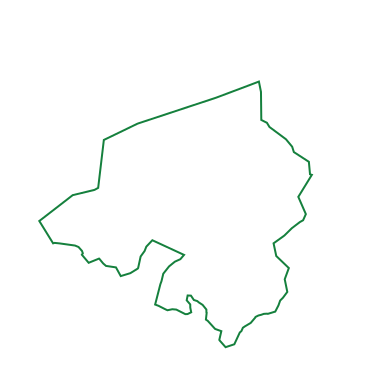 Boki, Cross River, Nigeria, rotated 204°
{"feature_id": "59680162B37931278966472", "entity_name": "Boki", "entity_type": "district", "adm_level": 2, "iso_a3": "NGA", "parent_name": "Nigeria", "parent_adm1": "Cross River", "projection": "orthographic", "projection_center": [8.95, 6.249], "detail": "fine", "context": "isolated", "style": "outline", "palette": "green", "viewbox_px": 384, "rotation_deg": 204, "n_neighbors": 0, "source": "geoboundaries", "source_scale": "gbopen_adm2", "svg_char_len": 1420}
<svg xmlns="http://www.w3.org/2000/svg" viewBox="0 0 384 384"><g transform="rotate(204 192 192)"><path d="M97.5,267.1L115.2,269.9L118.9,274.1L127.6,278.4L147.7,282.9L151.7,285.7L158.0,286.0L169.7,311.5L175.8,320.1L179.3,316.6L208.3,288.0L229.2,269.0L268.9,232.9L269.8,232.0L293.7,203.7L279.4,157.6L281.9,154.3L299.7,140.6L319.7,103.4L298.0,88.6L296.9,89.6L292.0,91.2L277.1,95.5L273.3,95.6L268.5,93.4L266.8,91.6L267.1,89.9L257.6,85.3L249.8,93.4L249.7,93.4L244.1,90.6L240.5,89.5L230.8,92.2L222.9,86.2L215.4,92.7L215.3,92.8L210.4,100.0L210.3,100.7L212.7,112.2L211.3,118.8L211.5,123.5L208.6,131.8L173.7,131.3L175.3,125.9L179.3,121.4L182.7,114.7L185.0,105.7L183.6,98.1L183.4,95.0L182.8,91.3L182.9,92.0L179.9,74.2L176.2,74.4L168.4,74.0L166.3,74.0L162.3,76.9L158.5,78.2L148.4,77.7L146.4,78.7L143.8,81.8L146.5,85.6L147.9,88.6L152.8,90.9L153.9,95.7L150.8,96.9L146.4,94.1L142.8,94.5L140.8,93.9L136.4,93.2L131.1,90.5L129.8,87.8L129.5,87.7L127.4,81.1L125.2,80.7L115.2,76.3L108.6,76.8L106.9,68.0L105.9,67.4L98.2,63.9L91.4,70.1L91.2,83.1L90.3,85.0L90.3,88.7L88.8,91.1L85.1,96.3L83.2,102.8L83.2,103.5L82.9,104.0L81.1,106.2L78.8,108.0L76.8,109.9L73.9,111.4L73.2,111.5L67.3,116.6L66.9,123.6L67.3,128.7L65.9,132.4L64.3,139.5L71.8,150.0L72.6,161.9L89.0,167.8L96.6,178.3L89.9,189.8L86.1,199.5L81.3,208.3L79.0,211.4L79.0,218.1L92.9,230.8L89.5,256.4L91.4,256.2L97.5,267.1L97.5,267.1Z" fill="none" stroke="#15803d" stroke-width="2"/></g></svg>